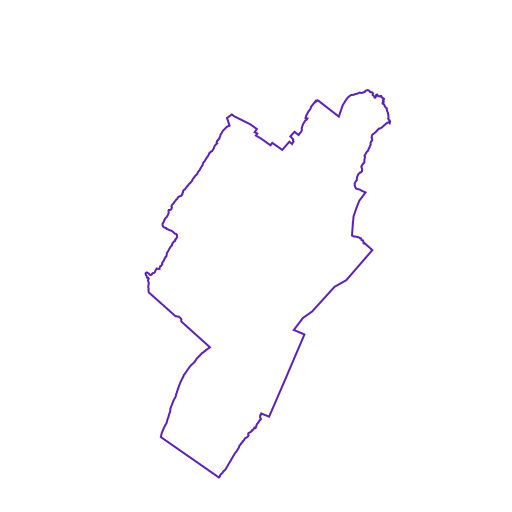 Clare and Gilbert Valleys, South Australia, Australia (Natural Earth projection), rotated 215°
{"feature_id": "25037944B42711318671021", "entity_name": "Clare and Gilbert Valleys", "entity_type": "district", "adm_level": 2, "iso_a3": "AUS", "parent_name": "Australia", "parent_adm1": "South Australia", "projection": "natural_earth1", "projection_center": [138.774, -34.015], "detail": "fine", "context": "isolated", "style": "outline", "palette": "violet", "viewbox_px": 512, "rotation_deg": 215, "n_neighbors": 0, "source": "geoboundaries", "source_scale": "gbopen_adm2", "svg_char_len": 6110}
<svg xmlns="http://www.w3.org/2000/svg" viewBox="0 0 512 512"><g transform="rotate(215 256 256)"><path d="M159.3,53.3L159.1,54.8L159.6,55.6L159.5,57.7L159.1,58.7L159.2,61.2L158.8,61.9L158.6,64.1L160.1,82.3L159.9,84.8L160.1,88.4L160.3,89.9L160.7,90.6L160.7,91.9L160.5,92.8L160.7,93.5L160.5,93.8L160.6,94.4L160.4,95.4L160.6,96.1L160.3,96.7L160.5,97.1L160.3,97.6L160.4,100.5L159.3,102.5L159.1,103.4L159.2,104.9L159.9,105.2L160.4,105.8L160.6,106.6L159.4,108.9L159.1,109.9L159.4,110.5L159.4,111.0L159.0,111.3L158.7,111.9L158.8,112.6L158.7,113.3L158.9,114.5L157.7,114.7L157.7,115.1L158.8,118.7L158.6,121.3L158.8,123.5L158.5,123.9L158.3,124.5L158.5,125.3L160.0,126.0L161.0,127.6L161.2,128.4L160.9,128.8L161.4,130.0L153.1,131.9L162.4,177.2L162.5,177.4L171.3,219.5L182.6,217.1L182.0,232.3L178.2,242.7L174.0,275.8L168.2,287.8L164.1,327.6L174.5,328.8L174.7,328.1L175.0,328.0L175.5,328.3L175.9,329.0L177.1,330.0L177.5,330.1L178.3,329.6L178.7,329.6L179.7,330.5L180.2,330.7L180.5,330.6L181.0,330.1L182.4,330.3L186.2,328.7L186.5,328.3L188.0,327.9L189.1,327.8L195.3,338.2L195.9,338.9L195.8,339.1L198.8,344.4L201.1,352.3L203.1,360.5L202.7,370.9L206.5,370.1L208.9,370.0L212.6,368.6L214.3,369.4L215.3,370.2L216.7,371.7L217.1,374.0L217.0,376.1L218.5,378.6L218.9,380.9L219.1,381.5L219.0,382.2L218.7,383.4L218.6,384.2L217.9,384.8L217.8,386.3L219.1,388.3L220.2,388.9L220.3,389.2L221.0,389.7L221.3,391.9L221.1,392.7L221.3,393.7L220.8,394.5L222.6,397.4L223.5,399.7L224.6,400.3L225.0,404.9L224.6,405.8L225.3,409.3L225.2,410.2L225.6,410.8L225.8,411.6L225.9,412.9L227.0,414.4L227.4,416.1L227.1,416.7L227.3,417.7L227.9,418.3L228.5,419.1L229.3,419.3L230.3,421.9L229.6,424.2L229.0,426.3L228.5,430.7L227.6,431.5L226.7,433.3L225.2,439.7L224.1,441.6L222.7,441.4L223.3,443.1L224.1,443.4L224.3,443.7L224.7,443.6L224.9,443.7L225.5,443.8L226.5,444.4L226.4,444.6L226.8,445.4L228.3,447.2L229.6,448.4L229.8,448.7L232.5,450.5L233.5,451.7L233.6,452.0L234.4,451.9L235.8,452.3L236.0,452.5L236.5,452.5L237.0,453.0L238.3,453.7L239.5,453.4L239.8,453.5L240.0,453.7L240.2,454.1L240.3,454.8L239.8,455.3L239.8,455.6L240.2,455.9L240.9,455.9L241.3,456.2L241.4,456.6L241.0,457.3L241.2,458.1L241.5,458.3L244.0,458.0L244.6,458.1L244.9,458.5L244.9,458.8L245.2,458.9L246.0,458.3L246.8,457.3L247.4,457.0L248.5,457.3L248.9,457.7L249.2,457.8L249.6,457.5L249.9,457.0L249.7,456.2L249.3,455.8L249.1,454.1L249.8,453.8L250.7,454.5L251.6,454.7L252.7,454.7L252.9,454.8L253.4,456.1L253.4,456.4L253.6,456.5L254.5,456.6L255.4,456.4L255.8,456.2L256.2,455.8L256.6,455.8L257.4,456.2L257.8,456.3L259.4,456.1L259.8,455.9L260.2,455.1L261.1,454.2L261.1,452.6L261.9,451.7L262.7,450.3L263.1,450.0L264.8,449.4L265.8,447.5L267.6,445.5L268.7,443.8L270.2,442.7L270.5,442.3L271.4,439.6L271.7,437.9L271.8,435.5L271.4,429.0L268.1,417.7L294.7,419.0L295.6,416.3L296.0,416.8L296.5,409.6L295.8,407.9L295.9,404.0L295.3,399.4L294.6,397.5L292.8,398.2L292.7,396.5L293.3,395.8L293.2,392.1L293.0,391.1L293.0,390.4L292.2,388.1L291.9,386.9L291.2,386.2L290.5,385.1L290.2,383.5L290.5,382.2L290.4,381.6L290.5,379.5L295.7,379.8L296.5,373.7L292.4,372.9L292.2,372.2L291.7,371.7L290.8,371.2L290.9,369.7L290.7,368.4L294.2,368.8L295.4,358.0L307.6,358.0L307.6,355.0L319.4,355.1L325.2,354.6L325.2,357.1L328.1,356.6L328.1,360.5L336.3,360.6L354.1,357.9L357.0,358.1L358.9,352.4L352.4,347.6L353.6,345.9L354.0,345.0L355.0,339.2L354.6,337.1L354.7,335.3L354.1,333.6L353.8,331.9L353.3,331.2L353.4,330.4L353.7,330.1L353.5,329.0L353.8,328.2L353.9,327.8L353.5,327.1L353.4,326.5L352.9,326.1L352.4,325.9L352.7,325.2L352.8,324.1L353.0,323.5L352.9,322.0L352.7,321.0L352.4,320.5L352.3,319.9L352.2,318.6L352.3,317.9L352.1,317.1L352.1,316.6L352.3,316.2L353.0,315.5L352.9,314.3L353.2,313.8L353.2,313.4L352.8,311.7L352.8,310.8L352.6,309.5L352.7,308.7L352.7,306.9L352.4,304.0L352.7,303.2L352.6,301.6L352.5,301.2L351.9,300.0L351.9,297.8L351.5,293.9L351.6,291.6L351.6,290.9L351.2,289.7L351.3,288.7L351.8,286.7L351.7,285.9L351.9,282.7L351.5,280.8L351.7,278.3L352.1,276.7L352.2,273.8L352.5,273.3L352.4,271.8L352.5,271.1L352.4,269.7L352.8,269.1L353.1,268.3L352.6,266.6L352.2,266.2L352.3,265.7L352.1,264.6L351.7,264.3L351.7,262.8L351.8,262.4L353.1,260.6L353.6,259.3L353.3,257.7L353.7,256.4L353.7,254.5L353.9,252.9L353.8,252.0L354.0,250.4L353.9,248.7L353.8,248.1L352.6,247.4L352.6,247.0L352.3,246.4L352.4,244.8L353.8,243.7L353.6,242.8L352.1,241.1L352.2,240.7L351.9,239.9L351.6,238.2L351.6,236.0L351.9,235.3L351.9,234.5L351.6,233.7L351.7,233.1L351.5,232.0L351.2,231.3L351.0,228.6L350.8,228.3L350.4,228.0L350.0,227.5L348.8,226.8L347.6,226.7L346.2,227.1L345.5,227.4L344.7,226.9L344.1,227.0L343.2,227.4L341.4,227.6L339.6,228.3L338.4,228.1L337.7,228.2L336.3,227.9L335.2,227.8L334.3,228.2L333.0,228.1L332.7,227.5L331.8,226.8L331.6,226.3L331.6,225.9L331.3,225.3L331.3,224.2L331.7,223.3L331.3,223.0L330.9,222.1L331.1,221.4L331.7,220.6L331.5,219.7L331.7,218.4L331.3,217.6L331.3,217.0L330.9,216.4L331.2,215.3L331.2,212.6L330.9,211.1L330.6,206.9L330.2,206.5L329.2,204.2L329.6,203.0L329.2,202.4L329.4,201.7L328.8,198.7L329.0,198.2L328.8,196.2L328.1,195.6L328.0,193.6L328.6,192.8L327.9,190.2L327.7,190.0L329.1,189.2L330.2,188.7L329.9,188.0L330.1,187.3L329.6,184.2L330.9,182.4L330.9,182.0L330.8,181.1L330.9,180.6L331.3,180.1L331.6,179.8L331.9,179.8L334.0,180.1L335.9,179.9L336.2,179.7L336.6,178.6L336.5,178.4L335.2,177.2L334.2,176.9L333.4,176.1L332.5,175.8L331.8,176.4L330.8,175.8L330.7,174.2L328.3,172.4L327.1,169.9L326.1,168.3L325.4,167.9L324.9,166.9L324.4,166.4L323.1,164.7L287.4,160.5L286.9,160.9L285.6,161.3L284.9,161.9L284.2,162.1L281.3,161.6L280.5,160.9L279.7,159.5L241.3,154.8L242.6,151.2L243.1,150.5L243.0,149.4L243.5,148.8L243.9,146.7L244.6,145.5L244.6,144.4L245.7,137.8L245.6,136.4L245.6,134.6L245.5,134.4L245.9,131.7L246.5,129.8L246.8,126.6L246.7,118.0L246.9,117.2L246.5,116.2L245.5,109.3L244.9,107.0L244.8,106.2L244.3,104.3L243.8,103.3L243.9,102.5L243.4,101.9L243.0,99.7L242.6,99.0L242.2,97.2L241.3,95.2L241.0,93.9L240.9,91.9L240.7,91.2L240.7,90.4L238.9,83.0L238.4,81.5L237.7,80.4L236.7,78.2L236.6,77.1L235.2,73.3L235.0,72.0L233.4,67.7L233.3,65.3L232.8,62.0L231.7,57.0L230.1,53.1L159.3,53.3Z" fill="none" stroke="#5b21b6" stroke-width="2"/></g></svg>